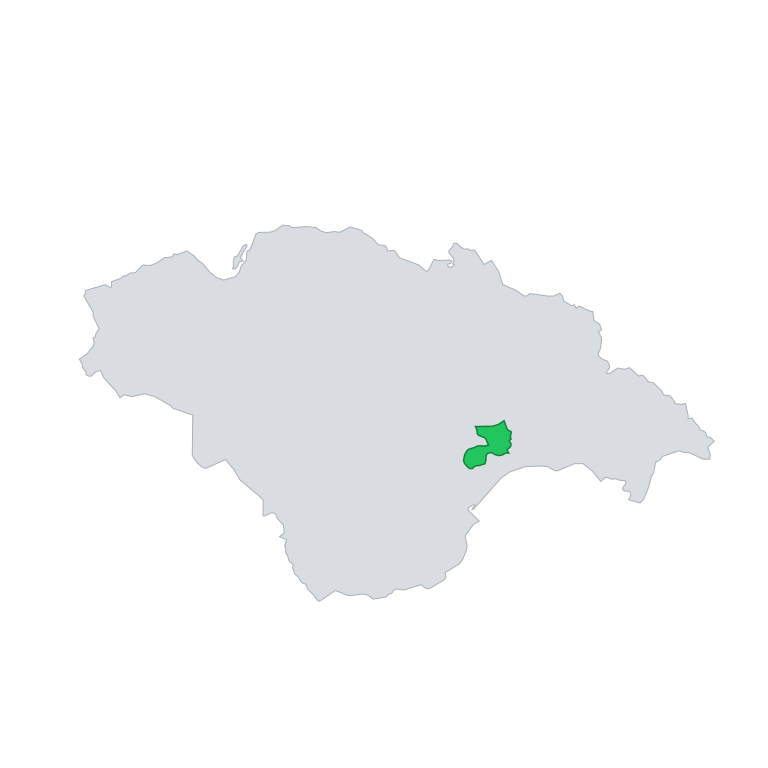 Tehran highlighted on a map of Iran, rotated 146°
{"feature_id": "IRN-3216", "entity_name": "Tehran", "entity_type": "Province", "adm_level": 1, "iso_a3": "IRN", "parent_name": "Iran", "parent_adm1": "", "projection": "equal_earth", "projection_center": [51.864, 35.496], "detail": "fine", "context": "in_parent", "style": "filled", "palette": "green", "viewbox_px": 768, "rotation_deg": 146, "n_neighbors": 0, "source": "natural_earth", "source_scale": "10m", "svg_char_len": 4674}
<svg xmlns="http://www.w3.org/2000/svg" viewBox="0 0 768 768"><g transform="rotate(146 384 384)"><path d="M381.7,217.1L388.5,217.5L400.9,213.1L402.0,212.0L405.7,203.1L409.9,199.1L417.3,194.4L422.1,192.8L439.0,193.4L440.2,189.9L442.9,188.0L461.3,189.0L464.1,191.8L465.4,196.9L480.8,201.4L484.0,203.0L487.8,206.8L490.9,207.7L494.8,206.0L497.3,207.2L501.3,206.2L513.4,211.8L515.1,217.5L517.4,220.1L520.1,222.5L529.7,226.9L532.6,229.5L539.8,240.0L558.9,239.9L560.2,242.1L560.2,246.7L561.9,257.5L560.6,261.5L563.2,265.1L563.1,271.9L564.3,276.7L562.3,283.3L560.2,284.6L561.6,290.4L559.8,296.1L560.2,298.2L557.3,303.0L557.2,304.9L551.8,309.4L556.1,315.9L550.0,316.3L546.3,323.3L547.6,331.7L546.7,336.0L547.4,338.4L549.1,340.1L557.4,341.7L557.7,342.9L549.2,355.1L549.8,359.8L557.0,384.7L556.3,397.1L557.6,410.0L578.9,413.7L581.4,417.0L583.1,424.2L583.2,429.5L582.7,432.3L559.9,465.2L572.5,481.7L573.1,485.4L580.9,501.5L587.9,509.8L599.9,514.3L605.6,520.5L610.5,520.2L610.3,528.5L612.8,545.8L611.5,553.7L615.8,555.3L622.2,554.2L624.5,555.7L625.9,558.6L624.3,560.2L624.8,567.0L623.2,568.4L622.7,574.9L613.1,575.1L604.2,578.0L601.0,580.4L599.3,585.0L596.4,584.6L595.5,586.3L589.2,589.5L587.3,602.8L585.0,605.9L583.6,625.0L582.2,625.2L579.1,628.4L559.6,622.2L557.5,617.6L555.5,616.8L552.7,621.2L543.0,618.7L539.7,619.4L537.6,618.1L532.4,618.0L528.1,615.3L517.6,617.5L511.1,612.8L504.1,611.4L495.6,611.5L488.7,608.0L485.1,609.3L483.4,606.9L473.1,604.6L469.6,596.1L469.4,591.9L466.8,584.5L465.8,573.9L463.4,566.1L458.9,559.8L447.1,556.0L441.0,557.9L436.5,561.6L429.0,563.6L423.3,570.8L419.9,570.2L406.3,579.9L403.3,579.8L393.0,573.3L388.4,572.1L379.0,572.3L373.9,568.0L372.5,564.8L360.4,558.0L352.9,551.7L350.6,545.9L347.3,541.7L340.0,538.2L335.9,534.5L324.5,533.2L316.6,524.0L316.5,521.0L311.9,511.0L311.1,503.7L310.1,501.8L306.1,498.8L305.5,496.8L306.4,492.2L301.3,489.4L300.5,487.1L300.7,480.1L288.5,463.1L286.1,453.7L283.9,453.3L272.9,459.4L269.8,456.0L260.3,450.0L259.0,447.7L261.4,446.6L263.8,447.7L265.2,446.4L264.7,444.4L262.3,443.2L259.0,443.3L259.9,445.2L256.9,447.0L256.2,449.3L256.8,456.3L255.6,458.3L250.5,459.4L247.3,461.7L244.5,459.1L243.7,454.0L242.0,450.7L239.3,449.5L237.4,446.3L234.0,444.6L234.1,427.0L225.8,426.5L226.0,413.1L230.0,399.9L222.1,388.0L218.8,378.9L216.6,377.2L212.5,377.4L198.9,365.2L194.1,362.0L187.5,361.0L186.8,356.8L188.6,352.0L185.5,345.8L184.6,344.0L181.9,343.3L182.2,339.4L178.7,339.6L172.3,328.9L170.4,327.4L174.3,319.3L171.8,312.8L173.5,307.3L176.9,307.5L178.1,300.1L184.3,292.6L189.7,289.3L190.2,287.0L189.3,282.9L186.0,277.9L186.6,273.6L187.7,271.4L193.3,269.1L193.6,268.2L191.0,266.6L181.4,266.6L176.2,261.5L171.3,260.3L168.7,249.2L167.9,247.8L165.6,247.4L164.2,245.4L163.5,238.0L160.2,234.8L157.7,223.9L157.7,221.2L158.6,218.9L153.4,214.2L152.9,207.0L154.0,205.3L148.0,200.1L145.3,199.8L145.0,199.0L149.5,187.8L151.3,185.3L147.7,183.6L147.8,178.1L147.0,173.5L147.5,169.2L145.2,166.1L144.6,164.2L145.6,159.4L143.3,157.0L142.1,152.0L151.0,150.5L152.9,142.8L156.2,139.6L161.6,143.3L169.0,155.9L173.6,159.5L177.0,163.8L193.6,168.2L197.2,166.8L202.9,167.0L210.3,159.3L213.6,158.2L222.3,150.5L232.9,143.4L238.3,142.2L246.0,151.3L241.5,154.0L240.7,156.3L241.1,158.5L244.7,160.8L245.1,163.4L243.8,164.7L239.2,166.1L237.8,168.6L242.8,172.8L245.2,176.3L247.9,177.2L252.1,182.8L258.8,182.0L260.0,195.5L263.6,206.7L270.7,211.5L289.2,215.1L291.2,217.3L294.2,223.4L299.0,227.8L313.3,236.6L329.1,240.8L339.6,240.5L378.3,230.5L381.9,230.5L376.1,233.0L378.3,234.1L383.3,234.1L384.4,233.1L384.6,231.5L381.7,217.1ZM442.9,565.6L440.6,569.7L437.0,573.1L434.2,572.1L423.4,577.2L420.5,576.9L420.0,575.3L432.0,569.3L432.5,567.8L431.8,564.7L435.7,566.0L439.9,563.4L443.5,562.7L445.2,564.5L442.9,565.6Z" fill="#d9dde1" stroke="#a8b0b8" stroke-width="1"/><path d="M304.9,286.3L307.0,278.8L307.0,276.5L306.4,275.2L305.3,273.7L305.9,272.1L307.5,271.0L308.8,269.3L309.5,267.3L311.7,267.2L312.0,265.6L312.1,263.5L313.6,261.6L315.6,260.9L317.6,261.1L319.0,260.2L319.0,258.4L319.1,257.0L321.8,258.7L325.5,259.0L328.9,260.4L331.4,263.3L332.8,266.2L333.7,267.3L334.5,267.8L335.7,268.2L337.6,268.4L339.3,267.6L342.5,263.5L344.8,261.5L346.4,261.8L348.2,262.6L350.4,263.0L353.2,264.6L355.1,265.1L356.4,264.9L357.2,264.4L358.3,264.6L360.5,266.3L361.3,269.9L361.6,273.2L360.8,276.2L356.9,280.0L354.5,281.5L351.7,282.5L349.7,282.4L344.1,280.6L342.2,280.6L340.4,279.9L335.9,276.9L334.5,275.7L333.0,275.6L332.5,275.4L332.2,275.0L331.7,274.8L331.3,275.3L331.0,278.3L330.5,280.3L330.4,281.8L330.6,283.2L333.4,287.2L334.5,289.4L334.2,291.4L332.9,293.5L332.1,296.2L332.0,297.6L317.9,288.4L312.0,286.5L304.9,286.4L304.9,286.3Z" fill="#22c55e" stroke="#15803d" stroke-width="1.5"/></g></svg>